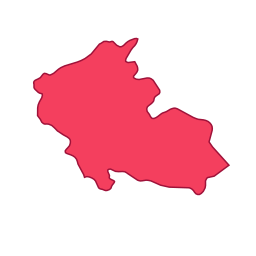 the Province of Médéa, rotated 247°
{"feature_id": "DZA-2213", "entity_name": "Médéa", "entity_type": "Province", "adm_level": 1, "iso_a3": "DZA", "parent_name": "Algeria", "parent_adm1": "", "projection": "mercator", "projection_center": [2.97, 35.965], "detail": "fine", "context": "isolated", "style": "filled", "palette": "rose", "viewbox_px": 256, "rotation_deg": 247, "n_neighbors": 0, "source": "natural_earth", "source_scale": "10m", "svg_char_len": 2541}
<svg xmlns="http://www.w3.org/2000/svg" viewBox="0 0 256 256"><g transform="rotate(247 128 128)"><path d="M50.0,188.5L51.3,181.7L50.5,180.3L49.1,178.7L44.8,176.9L42.7,175.5L40.3,172.6L39.2,170.0L38.9,167.9L39.5,166.3L40.8,164.9L42.7,164.2L44.9,163.8L47.1,162.8L49.0,161.1L57.5,142.8L62.6,135.7L70.4,128.4L71.9,126.2L72.9,124.3L73.8,120.7L74.4,118.8L75.3,117.5L76.3,116.4L88.8,108.2L90.0,106.2L91.5,102.3L93.0,99.5L97.0,95.9L97.5,94.4L97.4,93.3L96.7,92.7L95.7,92.4L91.6,92.4L89.5,91.3L88.7,91.4L87.8,91.9L85.2,94.2L84.5,94.6L84.0,94.7L83.7,94.5L83.4,94.2L82.5,92.9L81.9,91.7L81.1,90.5L79.2,88.7L78.9,88.0L78.6,86.8L78.7,84.4L79.1,83.1L79.9,82.1L81.5,80.5L82.6,78.9L83.4,78.1L84.5,77.6L91.9,77.4L94.0,76.7L96.0,75.3L98.0,73.3L99.1,71.6L99.5,70.5L99.6,68.7L102.4,69.0L114.3,67.9L117.0,68.3L119.4,68.4L121.9,67.7L123.8,66.5L125.5,65.0L128.3,61.9L129.7,60.8L131.4,61.2L132.4,62.7L133.4,65.0L134.6,67.3L136.6,69.0L138.5,69.9L140.1,70.1L141.5,69.7L143.6,68.5L147.0,65.8L152.9,61.9L157.1,60.3L160.2,58.8L162.6,56.4L163.5,54.7L164.1,53.0L165.1,51.9L167.1,50.9L170.2,50.7L174.7,49.6L181.8,52.7L184.3,54.3L186.6,56.6L189.5,60.4L191.6,62.0L193.0,62.3L194.7,60.2L195.9,59.3L199.8,57.6L200.9,57.3L202.0,57.3L204.9,58.5L206.4,58.8L207.6,59.7L208.2,61.3L208.3,64.3L208.6,67.0L210.7,70.8L211.0,72.3L210.1,73.8L207.8,76.0L207.2,76.9L207.2,78.4L207.4,81.0L209.3,87.1L209.8,89.9L209.9,94.1L208.5,107.2L208.4,111.1L208.7,115.4L210.5,123.1L216.4,134.5L216.5,136.3L217.1,139.5L216.7,140.8L216.1,142.2L214.4,144.5L214.0,147.2L213.3,148.0L208.6,149.9L205.9,152.2L205.4,154.0L205.7,156.1L207.1,159.7L207.6,161.7L207.9,164.0L207.7,168.9L207.1,170.8L206.1,171.8L203.8,169.9L202.4,168.3L201.2,166.4L200.1,163.8L198.5,161.1L192.7,153.3L191.3,152.3L190.2,151.9L189.0,152.8L188.2,153.7L186.4,160.1L181.2,160.6L179.4,160.3L177.5,159.6L176.2,158.3L175.2,156.7L173.6,153.5L172.6,152.9L171.4,153.2L169.6,154.8L168.3,157.2L166.6,165.1L165.6,167.2L164.3,168.5L162.1,169.8L150.4,171.9L148.5,171.3L147.4,170.2L146.5,166.2L146.0,164.8L145.3,163.9L142.9,162.2L142.1,160.9L141.4,159.2L140.5,155.7L139.9,154.1L138.3,152.7L135.8,152.1L132.1,153.0L130.0,153.1L128.4,153.5L127.4,154.0L126.6,155.7L126.6,157.9L127.0,160.1L128.1,164.2L128.3,165.7L128.1,168.7L128.1,169.9L128.7,174.3L128.6,176.3L128.3,178.1L127.7,179.4L126.4,180.9L112.2,192.2L110.0,194.4L108.6,196.0L108.1,196.9L106.0,200.6L104.6,202.5L102.8,204.2L100.8,205.3L98.7,205.9L96.7,206.0L94.6,205.4L92.9,204.5L83.7,197.3L83.4,197.2L77.5,198.4L54.3,206.4L50.0,188.5Z" fill="#f43f5e" stroke="#9f1239" stroke-width="1.5"/></g></svg>